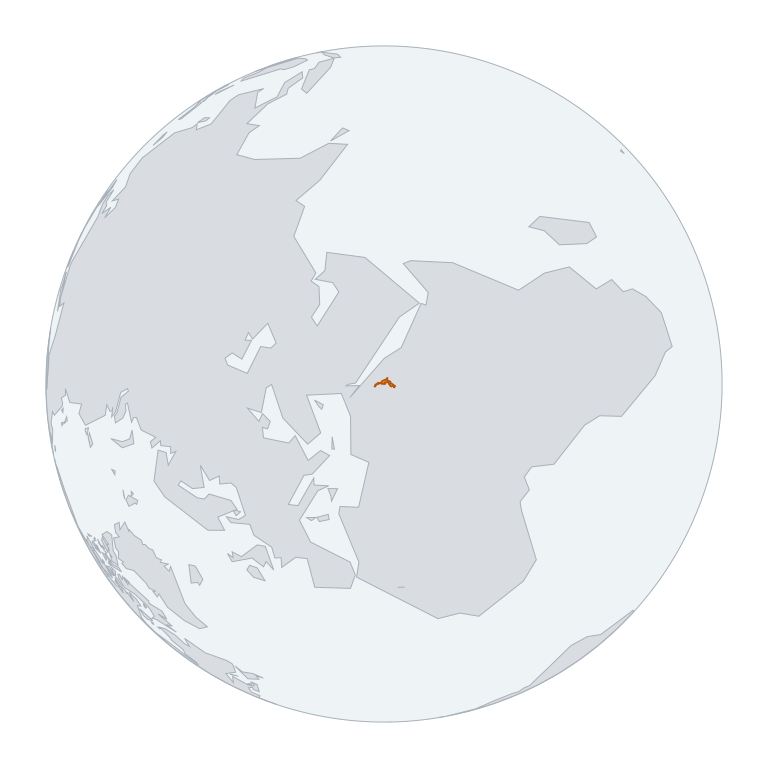 Aswan on an orthographic globe, rotated 249°
{"feature_id": "EGY-1548", "entity_name": "Aswan", "entity_type": "Governorate", "adm_level": 1, "iso_a3": "EGY", "parent_name": "Egypt", "parent_adm1": "", "projection": "orthographic", "projection_center": [32.505, 23.633], "detail": "fine", "context": "on_globe", "style": "filled", "palette": "amber", "viewbox_px": 768, "rotation_deg": 249, "n_neighbors": 0, "source": "natural_earth", "source_scale": "10m", "svg_char_len": 12555}
<svg xmlns="http://www.w3.org/2000/svg" viewBox="0 0 768 768"><g transform="rotate(249 384 384)"><circle cx="384" cy="384" r="338" fill="#eef3f6" stroke="#a8b0b8"/><path d="M430.7,49.3L433.0,49.7L417.5,47.8L425.1,49.1L401.1,47.9L360.8,47.3L346.6,49.5L302.9,57.5L306.0,57.5L291.5,61.9L289.7,63.9L282.1,65.8L287.3,65.9L294.5,63.9L299.2,63.5L298.9,64.8L289.1,67.1L287.9,66.8L284.8,68.2L280.1,68.9L282.2,69.3L270.4,72.5L281.4,71.4L271.5,75.8L263.8,77.5L265.6,74.4L252.3,74.1L245.1,76.5L233.2,82.1L208.7,97.5L200.3,102.1L188.3,110.3L192.4,108.5L203.2,101.7L207.9,101.4L220.6,94.0L224.4,93.2L237.1,87.7L234.0,91.9L224.1,99.3L213.4,104.5L208.8,108.3L218.0,106.7L197.2,120.7L182.0,138.3L176.7,142.2L168.1,142.2L170.4,132.6L159.3,136.4L165.3,137.9L152.0,149.0L149.3,152.9L149.3,155.1L153.9,152.7L149.1,157.8L141.4,157.3L145.6,152.6L148.0,152.5L149.0,148.6L143.7,150.0L137.4,156.5L136.1,154.7L131.5,159.7L128.7,162.6L136.0,154.6L122.9,169.4L139.3,151.0L156.9,133.8L175.8,117.9L195.7,103.4L216.7,90.4L238.5,79.0L261.1,69.2L284.4,61.1L308.2,54.7L332.4,50.0L356.9,47.2L381.5,46.1L406.2,46.8L430.7,49.3ZM53.1,315.5L52.9,316.3L52.7,317.5L53.1,315.5ZM51.5,323.8L47.9,352.6L48.9,375.8L49.1,392.3L48.5,398.8L50.1,406.2L50.2,411.7L62.2,440.2L72.7,464.6L75.3,483.3L72.4,496.5L83.5,535.5L81.9,535.5L71.9,513.5L63.4,490.9L56.6,467.7L51.5,444.1L48.0,420.1L46.3,396.0L46.3,371.8L48.0,347.7L51.5,323.8ZM237.9,85.9L237.4,86.8L235.3,87.3L237.9,85.9ZM243.8,82.9L241.6,82.9L244.1,81.6L245.4,81.6L243.8,82.9ZM245.9,83.4L248.8,79.2L253.3,76.9L261.8,75.3L245.9,83.4ZM445.7,51.8L454.9,54.0L460.8,55.2L449.2,54.0L445.2,51.9L436.4,50.3L443.4,51.4L445.7,51.8ZM297.0,62.8L289.2,64.9L296.1,62.1L297.0,62.8ZM300.2,61.2L314.5,54.9L325.8,53.0L318.7,55.2L333.7,52.5L332.1,54.6L323.6,56.5L316.6,57.2L321.4,57.6L300.2,61.2ZM441.3,53.5L441.2,54.1L438.4,53.2L441.3,53.5ZM301.6,63.2L303.5,61.8L313.4,59.9L311.5,62.5L308.9,62.2L301.6,63.2ZM338.3,51.1L345.3,50.6L346.1,52.0L348.9,52.1L333.1,54.5L338.3,51.1ZM306.5,63.3L310.2,63.9L305.2,66.1L300.5,64.5L306.5,63.3ZM316.8,58.5L321.5,57.9L318.2,59.0L316.8,58.5ZM289.5,75.4L291.6,73.1L296.9,71.8L289.5,75.4ZM312.0,64.1L313.7,63.3L316.0,62.7L317.4,63.7L312.0,64.1ZM334.7,55.6L333.5,56.6L341.2,54.7L342.0,56.2L331.3,57.7L336.3,57.7L336.6,58.2L327.5,59.0L334.7,55.6ZM325.9,63.1L312.5,66.4L307.6,70.6L302.7,71.7L311.5,64.9L325.9,63.1ZM327.6,60.5L325.4,62.3L320.4,62.4L318.9,61.4L327.6,60.5ZM346.4,56.8L347.9,54.1L350.2,53.9L346.4,56.8ZM325.4,64.2L328.6,63.4L325.6,64.5L325.4,64.2ZM341.1,58.9L341.3,57.8L343.9,57.6L341.1,58.9ZM334.9,63.0L330.6,64.0L329.4,63.1L334.9,63.0ZM338.5,61.1L342.0,61.1L331.5,62.2L338.2,60.6L338.5,61.1ZM343.5,58.9L345.1,58.4L343.0,59.4L343.5,58.9ZM341.9,66.2L329.0,67.9L326.3,65.8L339.2,64.3L341.9,66.2ZM471.2,57.5L484.6,61.4L497.8,65.8L512.0,71.6L521.2,75.4L530.0,79.2L556.0,93.1L538.6,84.2L499.8,67.5L515.6,73.8L512.0,72.9L517.6,75.7L528.8,80.7L530.1,80.9L547.7,95.0L574.4,114.2L572.7,109.2L579.8,112.4L608.7,134.8L642.8,176.9L652.6,185.5L658.7,193.4L662.2,201.4L653.5,189.9L649.7,188.8L644.2,181.7L646.9,192.3L639.2,182.7L645.1,196.5L651.7,202.5L652.3,196.0L660.6,213.3L671.5,222.6L681.7,239.3L693.5,278.5L692.1,296.7L693.9,302.9L688.6,299.9L688.7,315.8L704.0,342.1L706.1,351.9L702.9,377.6L701.6,370.6L687.9,362.4L690.4,387.1L701.0,399.3L704.8,419.5L698.9,417.8L694.4,400.5L689.5,397.0L687.2,376.0L676.2,349.3L669.9,360.2L666.9,348.0L650.8,328.7L639.9,343.8L624.8,386.7L628.5,418.6L620.8,435.9L597.2,397.0L586.8,367.7L578.2,373.5L554.1,352.7L512.1,360.2L506.2,352.9L498.3,358.2L481.3,352.5L472.4,340.2L462.1,342.4L486.0,374.8L497.0,372.5L506.4,357.3L511.0,369.4L527.4,377.8L508.9,411.6L446.8,446.0L441.0,422.3L395.1,357.8L396.6,350.2L396.4,349.3L395.9,347.8L391.4,360.3L383.6,347.4L407.8,393.3L411.8,413.1L445.9,447.5L442.7,451.6L453.7,458.1L489.5,445.1L489.6,453.1L472.6,491.6L423.3,543.3L430.0,573.6L426.9,598.9L396.7,616.2L399.9,634.0L384.4,640.4L383.8,650.0L371.6,659.9L351.2,668.5L315.7,666.5L313.0,658.2L294.6,640.1L268.7,594.1L277.1,573.9L273.7,556.5L248.2,514.0L253.7,492.2L247.0,481.6L233.1,481.8L225.4,468.9L217.0,467.1L165.3,463.2L150.0,443.4L133.2,389.3L142.9,372.8L145.6,350.3L213.5,289.2L226.8,296.8L279.1,295.3L285.4,299.0L278.0,316.1L316.3,341.8L330.0,327.8L365.8,341.2L390.4,340.8L401.3,307.7L361.0,307.4L355.2,291.2L388.4,277.4L423.8,278.9L422.7,272.7L401.3,259.3L410.4,247.9L394.0,253.8L399.9,260.0L389.8,264.4L383.8,259.1L387.2,255.0L376.9,252.2L363.0,273.9L367.6,282.6L339.8,285.8L344.6,301.0L336.7,307.6L325.6,284.7L327.4,276.5L305.8,251.5L301.3,260.1L321.4,284.7L314.7,282.5L308.8,295.9L308.0,283.9L287.2,256.3L262.8,258.8L229.9,288.5L216.0,288.8L205.2,279.5L219.0,246.5L248.5,249.7L253.8,239.5L249.4,222.8L258.8,225.7L260.6,219.8L271.9,220.7L289.4,208.4L301.1,208.4L309.5,191.3L316.6,189.3L309.6,199.7L311.0,207.6L340.3,209.0L346.4,205.7L349.5,194.8L357.2,197.2L356.4,186.6L374.0,183.4L351.9,179.0L355.0,167.7L366.4,159.7L363.4,155.6L344.8,168.8L341.0,175.0L344.0,181.3L330.1,199.4L319.7,201.8L319.3,181.1L304.5,182.8L310.6,167.2L357.1,138.9L375.8,134.5L403.3,149.4L398.1,156.0L385.6,153.5L395.7,165.6L395.6,159.9L401.9,162.4L406.5,153.5L411.2,154.9L407.4,144.4L413.8,145.2L416.0,151.8L428.1,140.8L441.6,140.9L442.1,137.8L438.7,134.6L458.1,137.7L457.6,135.3L451.0,133.3L445.7,127.7L443.9,119.3L450.7,120.8L452.3,124.0L465.8,133.7L469.0,142.9L471.6,142.8L470.5,135.2L454.0,123.2L450.9,117.9L459.6,122.6L456.2,120.4L456.9,118.3L463.9,117.8L454.7,112.5L452.4,90.5L465.7,88.6L473.7,94.5L479.3,84.1L493.9,84.9L487.8,82.7L486.4,77.6L481.8,77.2L478.8,75.9L473.0,65.1L477.0,64.6L467.6,59.5L464.5,58.7L461.1,58.7L449.2,54.0L460.8,55.2L467.3,56.8L470.1,57.2L471.2,57.5ZM189.1,324.0L187.0,330.6L189.1,324.0ZM460.9,298.0L482.3,297.3L473.1,277.4L480.6,275.8L474.7,270.0L472.3,276.0L458.1,260.2L467.4,253.4L465.1,244.9L457.8,244.8L442.9,260.1L463.2,282.3L458.1,291.2L460.9,298.0ZM52.9,316.5L51.9,321.7L52.3,319.4L52.9,316.5ZM66.5,268.4L66.2,269.0L66.3,268.8L66.5,268.4ZM152.5,149.0L153.0,149.2L151.9,152.3L150.2,152.6L152.5,149.0ZM160.6,157.9L152.7,166.0L157.2,160.0L153.2,161.4L157.6,151.3L174.3,143.7L166.0,148.6L160.6,157.9ZM168.1,136.9L163.4,143.3L167.9,136.6L168.1,136.9ZM259.6,189.3L262.9,193.6L257.7,199.8L242.9,202.4L250.2,193.1L259.6,189.3ZM268.8,198.5L272.5,178.6L281.8,177.1L276.0,181.1L281.8,182.1L273.9,189.0L279.2,208.0L275.0,215.0L249.9,214.4L260.4,210.4L256.5,206.0L268.8,198.5ZM265.5,139.0L267.2,132.6L285.3,137.1L281.6,142.6L266.5,144.9L262.1,139.7L265.5,139.0ZM260.5,82.3L260.0,81.2L262.7,80.4L265.4,80.6L260.5,82.3ZM290.0,74.4L265.6,86.7L263.7,85.9L251.6,95.3L242.1,97.0L250.3,90.7L233.8,99.6L237.4,94.6L226.8,101.2L246.0,86.9L248.6,83.5L249.4,86.4L258.0,84.8L262.6,83.0L277.3,76.0L287.1,68.8L297.2,66.8L301.8,67.4L301.0,68.8L294.7,69.4L298.2,70.9L288.4,73.0L290.0,74.4ZM349.7,87.1L342.6,85.2L348.0,92.6L338.2,93.0L339.5,93.9L331.9,96.6L324.9,101.6L320.6,101.1L319.7,103.4L314.7,105.6L312.0,108.6L303.5,109.2L299.5,113.2L297.7,111.2L293.2,118.1L292.7,113.4L286.1,116.4L290.1,119.4L250.3,119.5L234.0,124.7L220.6,132.1L221.6,124.2L234.7,112.8L253.2,101.9L268.8,98.6L266.4,96.1L273.2,94.0L272.2,96.8L277.7,91.4L283.0,90.6L299.5,83.6L304.1,77.3L310.3,75.0L311.1,77.1L316.6,73.5L322.4,76.1L327.0,74.8L337.2,76.5L336.2,82.1L341.4,80.2L349.4,82.0L349.7,87.1ZM344.5,66.8L345.6,72.4L340.8,75.7L325.0,71.4L320.0,72.3L309.7,70.7L317.0,66.2L319.2,67.0L323.1,66.8L319.3,68.2L325.3,66.9L328.6,68.2L334.2,67.6L333.0,69.4L344.5,66.8ZM293.4,293.0L298.4,294.3L306.5,294.2L302.9,303.1L293.4,293.0ZM278.8,274.3L283.5,273.6L282.3,285.2L277.1,284.3L278.8,274.3ZM287.0,263.9L283.8,272.7L282.4,267.4L287.0,263.9ZM314.0,198.8L319.1,197.9L319.3,200.5L316.1,204.2L314.0,198.8ZM363.5,112.4L360.3,109.9L362.0,108.9L361.2,102.0L368.4,101.6L371.7,105.6L363.5,112.4ZM393.9,313.4L386.3,319.9L382.8,316.8L386.1,315.2L393.9,313.4ZM342.0,312.0L353.4,316.7L340.9,314.4L342.0,312.0ZM371.2,110.8L370.1,107.9L374.4,109.6L371.2,110.8ZM373.6,101.1L378.8,102.4L369.2,100.8L373.6,101.1ZM516.6,688.3L517.9,689.4L513.0,690.9L516.6,688.3ZM484.6,589.6L461.2,633.4L445.2,635.1L442.4,623.6L451.1,597.7L469.7,588.5L478.9,575.5L484.6,589.6ZM717.2,440.3L716.0,446.0L716.8,442.2L717.3,439.5L717.2,440.3ZM716.0,444.9L708.6,458.8L704.6,460.6L706.4,454.0L712.7,446.3L716.0,444.9ZM706.0,454.3L698.9,447.8L683.1,416.1L688.9,412.7L704.1,426.8L703.4,432.1L707.7,438.7L706.0,454.3ZM720.0,406.1L719.0,420.6L715.7,427.3L713.8,428.6L712.5,413.5L713.3,403.2L715.2,400.6L718.0,359.3L719.9,362.6L720.0,378.8L721.2,387.4L720.0,406.1ZM630.0,421.1L637.9,437.1L633.1,442.2L630.0,421.1ZM715.8,333.8L716.9,351.4L714.8,329.9L715.8,333.8ZM712.6,315.1L714.2,321.4L712.4,316.9L712.6,315.1ZM696.9,311.9L695.1,316.5L693.5,312.0L694.8,303.6L696.9,311.9ZM689.5,253.9L695.5,267.0L697.2,272.0L693.5,265.5L689.5,253.9ZM430.9,109.5L424.0,118.9L423.8,126.7L431.2,132.3L417.9,129.1L418.2,116.9L430.9,109.5ZM449.1,92.4L442.5,88.5L447.2,88.2L449.3,89.1L449.1,92.4ZM443.8,91.4L432.4,90.6L430.0,87.2L439.5,88.5L443.8,91.4ZM401.8,99.2L399.3,101.8L395.8,100.2L401.8,99.2ZM721.7,395.2L721.7,396.6L721.7,397.3L721.4,403.4L721.4,401.8L720.9,410.6L720.1,419.2L719.9,420.4L720.8,408.0L721.5,389.5L721.7,380.8L721.8,375.2L721.9,378.4L721.6,388.2L721.7,395.3L721.9,390.7L721.7,395.2ZM719.8,345.8L718.7,339.2L719.2,346.6L716.6,324.7L717.8,331.6L719.8,345.8ZM716.4,325.3L717.1,332.1L715.3,320.0L716.4,325.3ZM716.3,329.1L714.6,321.6L715.0,320.4L716.3,329.1ZM716.4,324.2L713.5,310.5L715.1,317.1L716.4,324.2ZM710.2,305.5L713.7,313.2L711.9,314.2L704.3,289.8L704.5,286.5L710.2,305.5ZM663.6,195.9L659.3,190.3L657.4,186.7L660.9,191.5L663.6,195.9ZM647.2,172.1L655.5,183.9L661.5,194.8L663.0,196.0L670.6,207.9L664.4,200.4L655.1,185.1L651.8,179.0L644.6,169.9L638.0,161.5L629.0,151.9L623.9,146.5L631.1,153.6L647.2,172.1ZM625.2,148.2L607.1,131.4L606.6,129.9L610.5,133.2L619.0,141.3L618.7,141.5L625.2,148.2ZM602.6,127.2L602.2,127.5L574.7,109.2L568.8,105.2L589.4,116.9L590.1,118.1L597.0,123.3L602.6,127.2ZM444.9,54.6L441.6,54.2L443.6,54.1L444.9,54.6ZM476.3,75.8L472.5,74.0L475.1,73.5L476.3,75.8ZM463.5,69.1L463.2,70.8L460.6,68.4L463.5,69.1ZM463.2,75.2L461.8,71.2L467.2,76.0L463.2,75.2Z" fill="#d9dde1" stroke="#a8b0b8" stroke-width="1"/><path d="M378.5,393.6L378.2,393.6L378.3,393.1L378.5,392.7L378.4,392.5L378.3,392.3L378.2,392.3L377.9,392.3L377.7,392.5L377.5,393.0L377.4,392.9L377.2,392.7L377.0,392.4L377.2,392.1L377.3,392.0L377.4,391.9L377.6,391.9L378.0,391.9L378.3,391.8L378.4,391.7L378.5,391.7L379.1,391.1L379.1,390.9L379.2,390.7L379.1,390.3L379.1,390.0L379.0,389.9L379.1,389.7L379.3,389.4L379.5,389.2L379.8,389.2L380.2,389.4L380.3,389.4L382.1,388.5L382.3,388.5L382.6,388.6L382.8,388.8L383.0,388.8L383.3,388.8L383.5,389.0L383.8,388.8L383.8,388.7L384.0,388.4L384.0,388.1L384.1,387.9L384.2,387.7L384.3,387.6L384.4,387.1L384.7,386.5L384.8,386.3L385.3,385.8L385.4,385.7L385.4,385.4L385.2,385.2L384.5,385.4L384.0,385.3L383.8,385.3L383.7,385.3L383.6,385.2L383.6,384.9L383.7,384.6L383.8,384.1L383.9,383.9L384.0,383.6L384.2,383.4L384.3,383.4L384.6,383.3L385.2,383.2L385.3,383.1L385.3,382.9L385.2,382.8L385.1,382.7L384.9,382.6L384.8,382.4L384.7,382.4L384.7,382.1L384.8,381.9L384.9,381.7L385.0,381.7L385.5,381.7L385.8,381.6L385.9,381.4L386.0,381.4L386.1,381.1L386.0,380.7L386.0,380.4L386.0,380.0L386.0,379.9L386.0,379.5L386.0,379.2L386.0,378.9L386.0,378.7L386.2,378.2L386.3,378.0L386.3,377.9L386.2,377.7L386.1,377.4L385.9,376.9L385.8,376.7L385.8,376.1L385.7,375.9L385.6,375.7L385.4,375.5L385.2,375.3L384.8,375.1L385.0,374.9L385.0,374.5L385.1,374.3L386.2,375.2L386.4,375.4L386.5,375.7L386.6,375.9L386.6,376.1L386.7,376.4L386.7,377.2L386.8,377.4L386.8,377.5L387.4,378.7L387.4,378.8L387.3,379.0L387.2,379.2L387.2,379.4L386.7,379.9L386.7,380.0L386.6,380.5L386.5,380.9L386.7,381.9L386.7,382.1L386.8,382.3L387.0,382.7L387.0,382.8L387.2,383.0L387.3,383.1L387.5,383.2L387.5,383.3L387.6,383.5L387.6,384.0L387.4,384.3L387.4,384.6L387.6,385.1L387.7,385.5L387.8,385.6L387.8,385.8L387.8,386.0L387.6,386.5L387.4,386.7L387.3,386.8L387.2,387.1L387.0,387.3L387.0,387.5L387.5,387.8L387.8,387.9L387.9,388.0L388.0,388.1L388.2,388.3L388.3,388.5L388.5,389.2L388.5,389.4L388.4,389.5L388.3,389.4L387.9,389.2L387.5,388.7L387.4,388.6L387.2,388.6L386.6,388.7L386.4,388.6L386.0,388.3L386.0,388.2L385.9,388.2L385.7,388.3L385.6,388.5L385.5,388.8L385.5,389.0L385.5,389.3L385.4,389.5L384.6,390.3L384.4,390.5L384.2,390.7L384.0,390.8L383.7,390.9L383.2,390.9L382.8,390.8L382.7,390.7L382.2,390.3L382.2,390.2L381.9,390.2L381.9,390.3L381.5,391.4L381.4,391.6L381.2,391.8L380.9,392.0L380.6,392.0L380.4,392.1L380.3,392.3L380.2,392.4L380.1,392.5L379.0,393.0L378.9,393.1L378.6,393.3L378.5,393.6L378.5,393.6Z" fill="#f59e0b" stroke="#b45309" stroke-width="1.5"/></g></svg>